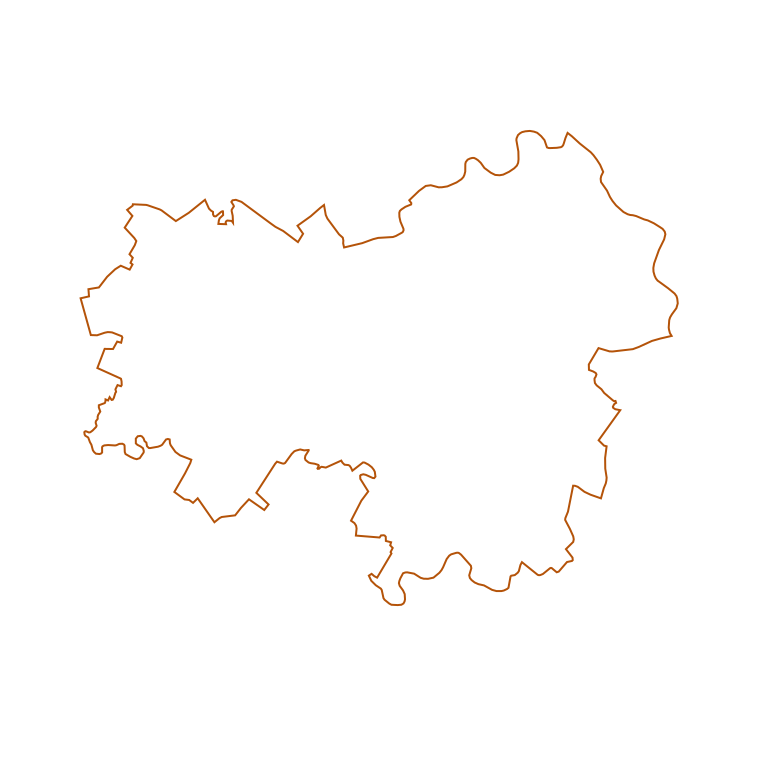 Gia Loc, Hải Dương, Vietnam (orthographic projection), rotated 80°
{"feature_id": "81297802B14141540631295", "entity_name": "Gia Loc", "entity_type": "district", "adm_level": 2, "iso_a3": "VNM", "parent_name": "Vietnam", "parent_adm1": "Hải Dương", "projection": "orthographic", "projection_center": [106.289, 20.847], "detail": "fine", "context": "isolated", "style": "outline", "palette": "amber", "viewbox_px": 768, "rotation_deg": 80, "n_neighbors": 0, "source": "geoboundaries", "source_scale": "gbopen_adm2", "svg_char_len": 6137}
<svg xmlns="http://www.w3.org/2000/svg" viewBox="0 0 768 768"><g transform="rotate(80 384 384)"><path d="M207.4,412.0L197.3,412.0L199.5,416.2L206.1,427.1L213.1,441.7L222.0,437.6L229.3,444.1L215.8,456.7L210.4,463.6L206.1,467.8L179.9,492.7L176.9,497.9L176.8,501.3L178.2,502.7L182.0,501.1L183.0,501.0L185.9,503.7L187.1,504.0L192.0,503.8L199.0,504.7L197.0,505.6L195.8,510.0L196.5,511.4L197.4,511.9L199.2,511.8L197.6,519.3L194.2,518.2L192.3,517.1L189.7,513.1L186.0,512.6L185.8,513.2L186.2,514.5L189.6,520.3L189.6,521.4L189.0,522.4L187.4,522.9L184.8,522.5L183.3,524.2L180.9,525.9L171.5,528.3L181.5,546.5L187.4,560.7L174.4,572.9L173.1,574.6L166.9,585.8L166.3,587.2L163.4,600.1L164.7,600.5L167.9,606.7L174.8,602.6L185.0,612.2L196.8,604.6L200.2,603.1L204.0,605.3L212.0,612.1L216.1,609.5L220.7,612.6L222.6,610.9L227.2,614.6L221.8,622.7L224.3,628.8L230.3,638.0L239.4,648.0L239.3,658.6L246.5,659.3L246.9,667.9L284.9,664.2L286.2,658.1L285.0,650.2L284.9,647.1L285.4,644.9L286.0,642.8L291.4,634.0L292.8,633.6L297.7,635.7L295.9,639.4L302.5,644.8L300.9,653.0L318.5,663.5L332.9,642.4L333.2,642.1L335.9,642.0L339.5,642.5L340.5,643.4L338.8,646.6L342.6,649.4L345.2,649.2L346.1,650.1L350.8,652.5L352.4,653.9L352.4,655.0L349.3,656.5L352.3,658.6L350.8,660.9L352.9,661.4L354.3,662.3L355.4,668.5L357.6,668.9L361.9,668.2L364.7,670.8L366.5,671.7L368.6,672.0L370.6,674.2L372.2,674.7L375.2,674.3L376.3,675.0L379.2,679.0L380.5,681.6L380.5,683.0L378.7,685.9L378.8,686.7L379.4,687.5L381.8,687.6L383.1,687.1L385.1,684.8L385.7,684.5L390.2,683.7L393.0,682.7L398.7,682.2L400.7,681.3L402.6,679.8L403.6,676.3L403.3,674.6L402.5,673.5L397.3,672.6L396.5,672.0L395.9,670.2L396.2,666.3L397.8,659.6L397.8,658.1L397.0,655.1L397.4,652.0L398.6,650.5L399.6,650.2L406.0,651.1L408.1,650.7L411.7,646.4L414.0,643.0L415.1,640.6L414.6,637.4L409.7,632.6L408.3,632.2L405.4,632.5L403.2,634.6L401.1,637.4L399.4,638.7L394.7,637.9L392.7,635.6L392.8,632.8L393.6,631.5L395.8,630.2L398.7,629.7L400.4,628.2L404.1,628.2L406.2,626.7L406.5,625.4L406.5,617.4L406.0,614.7L405.3,613.0L400.8,608.3L400.6,606.4L401.4,604.7L405.2,605.1L407.3,604.7L414.7,601.2L418.9,597.2L425.1,586.9L428.2,588.5L437.5,595.5L453.9,609.2L463.0,600.5L464.4,596.0L467.9,592.7L464.2,587.3L490.7,575.0L487.5,569.2L486.8,566.9L487.5,553.4L481.2,546.4L474.1,537.0L487.3,523.8L482.6,518.6L469.0,528.6L443.6,505.0L441.9,502.9L444.6,497.9L445.0,496.5L444.6,495.1L436.9,487.1L434.7,484.0L434.3,482.2L433.9,477.9L435.5,474.1L435.9,469.7L436.4,469.7L441.0,473.9L443.4,474.8L445.2,474.5L448.2,471.9L449.2,470.0L450.5,466.1L452.3,462.7L453.1,462.4L455.6,464.2L456.1,463.9L456.1,462.5L455.0,461.0L454.7,459.8L456.2,455.8L452.0,439.4L454.2,438.6L456.6,436.9L457.7,433.0L458.6,432.0L460.8,431.0L463.9,430.2L457.6,418.3L458.0,416.8L460.7,413.3L463.8,410.5L466.6,409.0L468.9,408.3L473.7,408.5L475.0,410.0L474.6,411.4L470.3,417.7L469.3,420.1L469.6,422.7L470.2,423.4L473.3,423.8L487.1,418.2L495.0,426.6L512.9,440.2L515.8,437.3L518.6,436.1L521.6,436.1L528.4,438.0L534.4,415.0L532.6,413.2L532.9,410.6L533.3,409.7L534.7,408.8L538.9,409.4L541.1,404.5L544.0,405.9L547.0,403.9L550.7,406.7L552.2,406.1L573.5,424.4L571.6,426.9L568.8,429.2L570.1,432.2L575.6,430.7L580.8,427.0L585.0,422.6L586.5,422.0L594.8,421.7L596.6,420.9L601.1,417.0L602.7,415.0L604.1,408.9L604.4,405.2L603.5,402.9L601.7,401.5L599.7,400.7L594.5,400.1L590.6,401.1L585.5,403.6L582.7,403.9L580.7,403.1L578.3,401.7L573.7,398.1L573.3,395.8L573.5,393.9L576.0,387.3L581.2,381.6L582.7,378.6L583.5,374.3L583.3,368.9L579.5,362.2L577.3,359.7L574.7,357.6L567.3,352.7L564.4,349.6L563.4,347.4L562.8,342.0L563.0,340.4L563.5,339.5L565.5,337.7L578.1,330.0L580.6,330.0L587.2,333.3L590.0,333.1L592.3,331.8L595.2,329.2L596.4,327.4L597.5,325.8L599.7,320.5L605.5,313.3L607.5,309.1L608.3,304.2L608.2,301.9L607.2,298.3L606.3,296.8L595.5,292.8L594.9,292.0L594.9,288.4L593.1,285.1L591.7,283.7L586.0,281.1L583.4,279.1L598.6,265.8L599.2,264.6L599.3,263.3L598.7,260.5L594.2,252.4L594.1,251.5L594.4,250.8L599.4,246.6L599.1,244.5L591.1,234.7L590.9,229.6L590.2,228.7L587.7,228.5L578.2,233.5L572.4,225.1L569.9,224.1L566.9,224.1L558.9,226.1L549.3,229.2L547.6,228.7L541.7,225.0L517.0,215.4L517.4,213.6L518.9,211.0L525.0,205.3L528.9,199.8L534.3,190.2L524.7,185.6L520.5,182.9L517.8,181.8L514.9,181.0L505.8,180.8L495.3,179.1L484.0,175.6L482.9,178.0L476.7,182.4L450.8,155.9L449.0,160.6L447.3,162.4L446.3,162.6L444.8,161.6L443.7,160.6L442.9,158.7L440.9,159.0L440.9,160.3L439.9,161.4L431.1,168.7L426.9,170.8L422.3,174.8L419.7,176.1L416.7,176.0L415.1,175.7L413.6,174.3L411.4,173.1L409.9,173.6L408.0,175.8L405.7,179.7L400.3,178.9L385.9,166.5L391.1,156.1L391.7,152.9L392.9,132.9L391.8,126.8L388.1,112.6L387.2,103.8L386.6,92.4L383.5,93.6L379.8,93.9L377.8,93.8L370.6,92.0L368.1,90.7L365.4,88.4L360.1,82.9L355.6,80.7L350.9,80.4L348.3,80.7L345.4,82.1L339.0,87.6L329.7,96.6L327.3,97.9L324.3,98.7L320.2,99.1L316.5,98.6L312.1,97.0L299.8,90.0L290.2,83.0L285.4,80.9L282.6,81.1L279.6,82.7L277.3,85.1L272.6,90.3L268.7,95.8L267.1,99.2L262.4,106.5L261.0,109.6L260.3,112.2L259.1,114.6L256.2,118.3L248.5,124.4L243.4,127.2L239.0,129.0L232.3,130.8L222.8,135.2L219.5,135.0L216.9,134.0L213.2,131.3L205.7,133.1L200.2,135.4L195.0,138.0L191.6,140.2L181.1,149.5L172.6,156.0L168.6,159.6L173.3,162.6L178.2,165.1L179.9,166.1L181.0,167.3L181.5,168.7L181.4,172.8L180.6,178.8L180.2,180.9L179.3,182.4L171.7,183.6L167.2,186.2L163.2,189.5L161.5,192.5L160.1,196.4L159.7,200.9L159.9,204.2L160.6,206.3L162.1,208.8L165.1,210.8L166.8,211.3L178.3,211.3L186.1,212.5L189.5,213.5L192.0,215.2L194.2,218.3L196.7,223.9L198.5,230.2L198.5,233.9L197.4,238.2L194.4,242.2L188.7,247.6L183.0,250.3L179.9,252.6L178.1,254.5L177.0,256.1L176.7,258.0L176.9,260.2L177.6,262.7L179.6,264.9L181.4,265.7L188.9,267.1L192.0,268.5L194.0,269.9L195.7,272.1L198.1,277.5L200.4,287.2L200.3,292.8L199.8,296.0L196.4,303.4L196.2,308.5L199.9,316.0L207.4,327.2L210.6,325.7L211.9,326.1L213.2,332.1L215.1,336.5L216.3,338.3L218.0,339.2L222.1,339.8L227.0,339.6L234.5,337.9L235.9,338.0L237.5,339.0L238.1,340.1L240.3,346.6L240.8,349.7L239.1,364.4L239.5,369.6L241.5,381.0L242.6,399.6L238.4,399.8L235.6,399.1L232.7,399.2L228.8,402.3L211.3,411.0L207.4,412.0Z" fill="none" stroke="#b45309" stroke-width="2"/></g></svg>